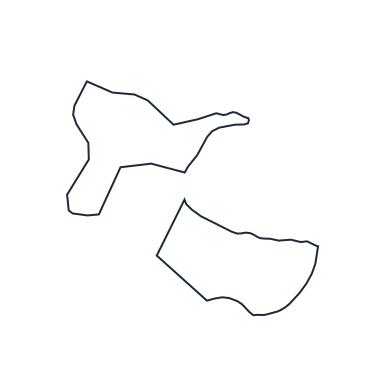 the Province of Agusan del Norte, rotated 116°
{"feature_id": "PHL-2587", "entity_name": "Agusan del Norte", "entity_type": "Province", "adm_level": 1, "iso_a3": "PHL", "parent_name": "Philippines", "parent_adm1": "", "projection": "mercator", "projection_center": [125.494, 9.026], "detail": "fine", "context": "isolated", "style": "outline", "palette": "slate", "viewbox_px": 384, "rotation_deg": 116, "n_neighbors": 0, "source": "natural_earth", "source_scale": "10m", "svg_char_len": 1153}
<svg xmlns="http://www.w3.org/2000/svg" viewBox="0 0 384 384"><g transform="rotate(116 192 192)"><path d="M202.1,195.4L205.3,192.1L207.9,184.6L209.9,173.1L210.3,138.7L209.5,132.9L207.5,129.4L205.2,126.3L203.6,122.2L203.3,119.3L203.7,113.4L203.6,110.6L202.5,107.4L199.7,101.1L197.7,92.8L191.5,82.2L189.4,72.6L188.0,70.1L186.5,68.1L185.9,66.8L185.9,56.6L185.5,54.9L202.3,49.7L212.8,48.5L223.9,49.0L236.2,51.2L249.9,55.4L254.3,57.4L258.8,60.2L261.8,62.6L269.9,71.9L271.5,74.4L273.6,79.1L275.9,82.9L274.6,88.1L270.9,98.0L270.2,103.3L271.0,112.0L273.3,118.5L277.3,124.3L283.1,131.0L264.6,195.8L202.1,195.4ZM100.9,173.8L102.5,172.3L105.7,171.8L108.5,174.8L112.5,182.6L122.1,195.6L128.4,200.5L135.8,202.5L156.9,203.5L170.8,206.7L177.7,207.1L184.4,241.1L201.1,267.1L253.0,265.9L258.8,275.5L263.6,289.9L262.6,294.7L262.5,294.8L251.2,301.8L249.3,303.1L208.0,299.0L193.3,306.7L182.0,325.2L174.7,332.7L166.0,335.5L138.7,335.0L137.5,307.1L129.6,286.5L129.1,271.9L139.6,238.1L124.2,218.8L110.6,204.7L109.1,197.6L107.1,194.8L104.4,192.5L102.2,190.1L101.3,186.6L101.6,178.8L101.2,175.0L100.9,173.9L100.9,173.8Z" fill="none" stroke="#1e293b" stroke-width="2"/></g></svg>